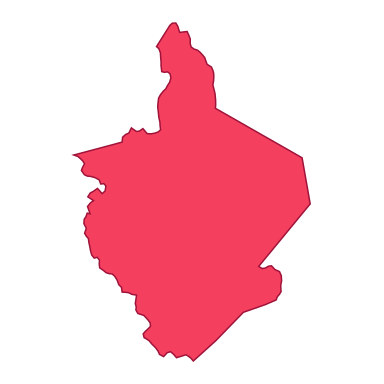 the district of Itanagra, Bahia, Brazil
{"feature_id": "56859067B38916091628463", "entity_name": "Itanagra", "entity_type": "district", "adm_level": 2, "iso_a3": "BRA", "parent_name": "Brazil", "parent_adm1": "Bahia", "projection": "robinson", "projection_center": [-38.082, -12.298], "detail": "fine", "context": "isolated", "style": "filled", "palette": "rose", "viewbox_px": 384, "rotation_deg": 0, "n_neighbors": 0, "source": "geoboundaries", "source_scale": "gbopen_adm2", "svg_char_len": 2157}
<svg xmlns="http://www.w3.org/2000/svg" viewBox="0 0 384 384"><path d="M73.8,155.0L78.0,156.5L80.8,159.0L82.9,161.2L84.5,163.8L82.5,167.5L81.4,170.5L84.4,174.7L87.3,176.1L90.6,176.4L95.2,177.7L99.2,179.9L100.7,184.0L103.9,183.7L105.9,186.0L105.1,191.0L102.1,193.6L99.8,191.0L97.5,188.4L93.1,191.5L90.2,193.0L87.8,196.8L90.6,198.7L93.5,200.6L90.5,202.8L87.5,206.5L89.1,211.0L90.1,213.8L87.2,213.1L85.9,216.8L84.2,219.2L83.9,223.6L86.3,228.3L84.6,233.2L86.4,236.3L88.4,238.6L88.9,242.5L89.8,246.7L90.5,250.6L91.7,255.0L94.2,258.1L97.2,257.3L99.5,260.2L99.2,264.1L99.7,267.9L103.5,270.5L106.1,272.7L109.3,273.7L112.0,273.9L114.5,276.0L117.0,279.9L118.8,284.7L121.5,287.4L122.1,292.1L125.6,292.3L128.6,292.7L132.0,294.4L136.5,295.1L136.0,299.0L135.3,303.5L136.2,306.9L135.9,310.0L137.9,313.5L143.8,315.4L147.8,319.7L150.1,322.8L150.5,326.3L147.7,329.2L145.2,331.5L143.2,333.9L144.1,337.6L146.6,339.0L149.2,340.8L152.0,344.2L155.5,347.6L158.1,351.2L159.5,354.4L163.6,356.6L167.2,352.7L170.5,351.7L173.5,354.2L176.5,357.7L186.0,354.8L188.7,356.5L190.9,358.2L193.3,361.0L215.7,340.8L243.4,312.3L265.4,304.6L276.2,299.9L277.3,296.8L279.4,294.4L281.1,291.6L280.8,287.9L280.8,284.7L281.6,281.0L281.3,275.7L279.5,271.6L274.9,269.5L271.5,265.8L268.4,266.2L265.5,268.0L262.1,268.5L258.7,266.4L310.2,203.9L302.1,157.8L215.4,108.3L215.7,104.7L215.6,99.8L215.0,93.5L214.1,89.8L212.9,84.9L213.6,80.9L213.8,76.8L213.7,73.5L212.9,70.4L211.4,67.0L207.1,64.3L205.7,60.5L204.7,57.5L202.5,54.9L200.1,52.3L197.6,50.2L194.0,49.0L191.2,47.0L190.2,43.6L190.3,39.1L188.9,35.4L187.1,31.5L182.9,32.0L179.7,32.4L178.8,29.6L177.8,26.3L175.8,23.0L172.3,23.2L169.9,25.3L156.5,46.6L158.8,48.6L160.4,52.8L160.7,58.0L161.1,62.4L161.0,65.4L161.4,68.5L161.7,71.6L164.3,72.3L167.5,71.9L170.0,73.7L170.9,77.8L169.6,82.3L167.4,85.7L165.9,88.7L163.1,91.4L160.6,94.5L158.6,98.1L158.1,102.0L157.7,106.8L158.3,112.0L158.8,117.2L159.9,122.2L160.1,125.9L160.6,129.8L158.3,131.9L155.0,133.1L151.1,133.8L147.1,133.6L144.9,130.9L142.9,128.6L139.5,131.0L136.5,131.5L133.9,129.7L131.4,127.9L128.8,133.1L125.6,134.5L122.6,137.2L122.1,142.1L73.8,155.0Z" fill="#f43f5e" stroke="#9f1239" stroke-width="1.5"/></svg>